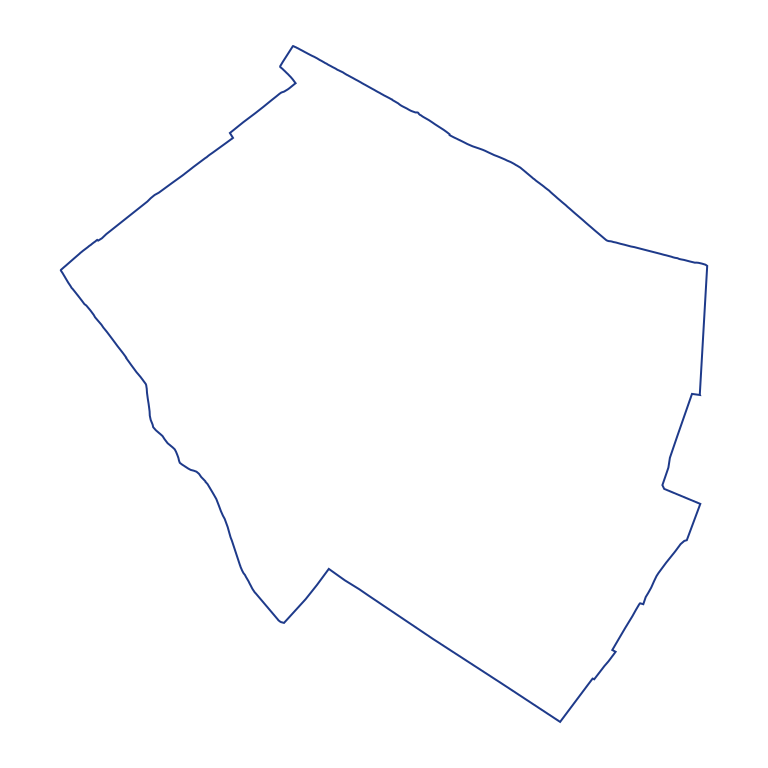 Rascaeti, Dâmbovita, Romania
{"feature_id": "2599482B15564462831456", "entity_name": "Rascaeti", "entity_type": "district", "adm_level": 2, "iso_a3": "ROU", "parent_name": "Romania", "parent_adm1": "Dâmbovita", "projection": "equal_earth", "projection_center": [25.264, 44.589], "detail": "fine", "context": "isolated", "style": "outline", "palette": "blue", "viewbox_px": 768, "rotation_deg": 0, "n_neighbors": 0, "source": "geoboundaries", "source_scale": "gbopen_adm2", "svg_char_len": 5684}
<svg xmlns="http://www.w3.org/2000/svg" viewBox="0 0 768 768"><path d="M560.1,721.9L587.6,685.2L592.6,678.6L593.2,678.8L594.2,679.3L604.5,665.9L608.5,661.3L615.6,651.8L612.3,650.0L619.6,637.5L625.3,627.8L632.4,616.2L635.9,609.9L639.2,604.3L640.1,603.3L643.3,604.2L645.7,597.1L648.3,592.8L651.2,587.6L654.0,581.3L656.5,576.1L658.5,573.0L666.2,562.6L675.2,551.4L680.6,544.1L684.3,540.9L686.8,540.2L700.3,503.9L664.2,488.9L662.4,485.1L665.4,476.4L668.4,467.6L669.9,457.8L677.2,436.4L692.0,393.9L700.0,395.0L699.8,394.4L707.2,265.9L705.5,264.7L701.9,263.6L698.4,262.8L697.2,262.7L696.1,262.6L695.0,262.7L690.0,261.5L683.9,259.9L681.1,259.4L679.3,259.0L677.5,258.2L675.0,257.8L672.7,257.2L671.7,256.8L666.1,255.3L663.9,254.8L660.3,253.8L644.7,249.8L634.3,247.1L631.0,246.5L624.3,244.7L620.5,243.8L616.3,242.6L614.9,242.3L613.2,242.0L612.8,241.8L612.1,241.6L610.8,241.3L609.7,241.2L608.7,241.1L608.0,240.9L607.1,240.6L606.1,240.0L604.3,238.5L602.2,236.7L599.6,234.5L597.6,232.8L595.8,231.3L593.7,229.5L591.3,227.4L588.7,225.2L585.8,222.7L582.8,220.0L580.1,217.7L577.3,215.3L575.3,213.6L572.9,211.5L570.2,209.1L567.6,206.9L565.7,205.1L564.1,203.8L561.7,201.8L560.0,200.3L557.6,198.3L555.5,196.4L554.0,195.1L552.6,193.9L551.5,192.9L550.7,192.2L549.8,191.3L549.2,190.7L547.6,189.5L546.4,188.6L545.1,187.6L543.8,186.5L542.5,185.5L541.6,184.8L540.7,184.2L539.6,183.3L538.3,182.4L536.7,181.2L535.9,180.6L535.0,179.8L534.2,179.1L533.5,178.7L533.1,178.4L532.8,178.1L531.9,177.3L520.3,167.6L516.5,165.3L516.0,165.1L514.3,164.0L512.3,162.9L510.6,162.0L507.7,160.8L507.4,160.7L505.0,159.5L500.1,157.4L497.4,156.3L494.2,155.1L492.3,154.2L488.4,152.4L485.1,150.8L483.2,150.0L483.0,149.9L479.1,148.5L472.6,146.3L467.3,144.0L464.8,142.7L461.8,141.2L453.5,137.2L449.9,135.3L449.6,135.1L449.7,134.6L449.6,134.3L448.6,133.5L446.8,132.1L443.9,130.0L439.4,127.1L434.9,124.2L432.6,122.6L429.0,120.2L426.2,118.6L423.9,117.3L422.4,116.4L421.6,115.8L421.1,115.4L420.7,115.2L420.0,114.9L419.2,114.2L418.6,113.5L418.3,112.9L417.9,112.6L417.6,112.5L416.8,112.4L416.1,112.5L415.3,112.4L412.2,111.3L410.7,110.7L408.3,109.4L406.8,108.5L405.4,107.8L403.2,106.7L401.5,105.8L400.1,104.9L399.3,104.3L398.1,103.3L396.5,102.4L395.0,101.5L393.4,100.6L392.4,100.0L392.3,99.9L392.2,99.6L391.9,99.5L390.9,99.0L390.2,98.6L389.1,98.0L388.2,97.5L387.9,97.4L387.2,97.0L386.0,96.4L385.1,95.9L384.8,95.8L383.3,95.0L382.9,94.7L381.5,94.0L380.7,93.5L380.3,93.3L379.9,93.0L378.1,92.1L376.3,91.1L374.1,89.8L373.9,89.7L372.4,88.9L371.7,88.5L369.9,87.5L368.1,86.5L367.4,86.1L366.1,85.4L365.3,84.9L365.1,84.8L364.4,84.5L363.1,83.7L362.8,83.6L362.1,83.2L361.0,82.5L359.4,81.6L357.8,80.7L355.5,79.5L353.9,78.6L353.6,78.4L352.8,78.0L352.5,77.8L351.3,77.2L349.7,76.3L348.9,75.9L347.5,75.1L347.2,75.0L346.8,74.8L346.6,74.7L346.1,74.4L345.5,74.0L344.8,73.6L344.3,73.3L343.7,72.9L343.5,72.7L342.8,72.3L342.1,72.0L341.8,71.8L340.2,71.1L339.3,70.6L337.9,70.0L337.1,69.6L336.4,69.1L335.0,68.3L333.4,67.5L332.6,67.1L331.0,66.2L329.3,65.3L328.7,65.0L327.6,64.4L326.8,63.8L324.9,62.9L324.0,62.3L323.6,62.1L321.9,61.1L320.4,60.3L319.5,59.9L319.0,59.5L318.3,59.1L317.0,58.3L315.1,57.3L314.4,56.9L312.4,56.0L310.4,55.0L309.3,54.4L308.3,53.9L306.3,52.8L305.3,52.3L303.1,51.1L302.6,50.8L302.0,50.5L299.7,49.3L298.1,48.4L297.2,48.0L295.9,47.3L294.9,46.9L294.5,46.7L293.3,46.1L292.9,46.1L282.9,61.7L280.2,66.2L280.2,66.7L280.3,67.1L282.4,68.8L283.5,69.9L283.8,70.2L284.7,71.0L285.7,72.0L286.5,72.8L287.8,74.0L289.8,76.1L290.2,76.5L290.7,77.0L292.5,79.1L293.2,80.0L294.8,82.2L295.6,83.2L295.2,83.5L289.4,88.2L287.9,89.3L284.1,91.6L281.7,92.4L281.4,92.5L279.5,93.8L276.2,96.5L271.9,99.9L263.3,106.9L255.4,113.1L243.3,122.2L229.9,133.0L233.0,137.9L225.9,143.1L212.5,152.8L209.6,154.8L209.4,155.0L209.1,155.2L208.8,155.4L207.0,156.9L206.5,157.4L205.8,157.7L205.4,158.0L193.1,167.2L192.1,168.0L182.6,175.4L172.3,182.8L158.8,192.7L156.6,193.9L154.6,195.0L150.7,198.2L147.3,201.6L146.9,201.9L121.2,222.3L111.5,230.0L106.3,234.1L101.9,238.3L98.2,240.6L97.9,240.5L97.9,240.4L97.2,239.9L96.5,240.4L95.1,241.6L94.2,242.2L92.6,243.4L91.6,244.2L90.8,244.9L89.4,245.8L87.6,247.3L83.5,250.4L82.7,251.0L81.4,252.1L80.2,253.0L80.0,253.3L75.5,257.2L74.1,258.4L65.2,266.2L65.1,266.3L64.9,266.4L61.6,269.3L61.0,269.8L60.8,270.2L61.1,270.9L62.1,272.4L62.4,272.8L68.2,282.6L70.5,286.0L71.6,287.9L72.6,288.9L74.7,291.5L78.8,296.7L82.1,301.0L84.4,304.1L86.3,305.5L90.4,310.4L93.8,315.0L95.0,317.2L97.8,320.5L101.5,324.8L103.3,327.5L106.9,331.9L112.1,338.8L117.5,346.1L122.8,352.9L126.2,357.5L126.0,357.8L129.2,362.2L131.2,365.0L136.5,372.2L140.5,376.9L145.7,383.9L146.2,385.2L146.6,388.0L146.7,388.3L147.0,392.8L147.8,398.8L148.6,403.8L149.1,407.5L149.6,411.5L149.8,415.7L150.7,419.9L152.6,424.6L153.2,427.2L155.9,430.3L159.5,433.4L159.8,433.6L162.5,436.0L164.7,439.4L167.7,443.3L172.7,447.4L174.7,449.3L176.0,451.7L177.3,454.9L178.4,457.9L179.0,460.6L179.8,462.8L182.0,464.5L188.3,468.6L190.7,469.9L193.8,470.7L196.5,471.7L199.0,473.8L201.2,477.0L205.2,481.1L205.5,481.5L205.5,481.9L207.5,484.0L212.8,492.9L216.3,499.0L218.9,505.7L220.9,511.1L222.9,515.6L224.7,518.9L227.7,527.1L229.2,532.5L230.6,537.4L231.9,540.7L240.0,565.3L240.2,565.6L240.4,566.5L240.9,567.7L241.5,569.1L241.7,569.5L241.9,570.1L243.3,572.8L243.7,573.4L244.6,574.5L245.0,575.0L245.9,576.8L248.6,581.4L249.5,583.3L251.0,586.1L251.8,587.7L252.5,589.0L253.7,590.8L254.0,591.2L254.3,591.8L254.7,592.2L255.1,592.8L255.5,593.1L278.1,619.8L278.3,620.2L279.2,620.9L280.1,621.6L281.2,622.2L281.9,622.3L282.5,622.5L284.0,622.9L287.4,619.2L305.7,599.1L317.0,584.9L328.8,568.9L344.8,580.3L359.2,589.2L367.8,595.1L381.6,604.4L424.6,633.3L432.9,638.9L502.3,683.9L560.1,721.9Z" fill="none" stroke="#1e3a8a" stroke-width="2"/></svg>